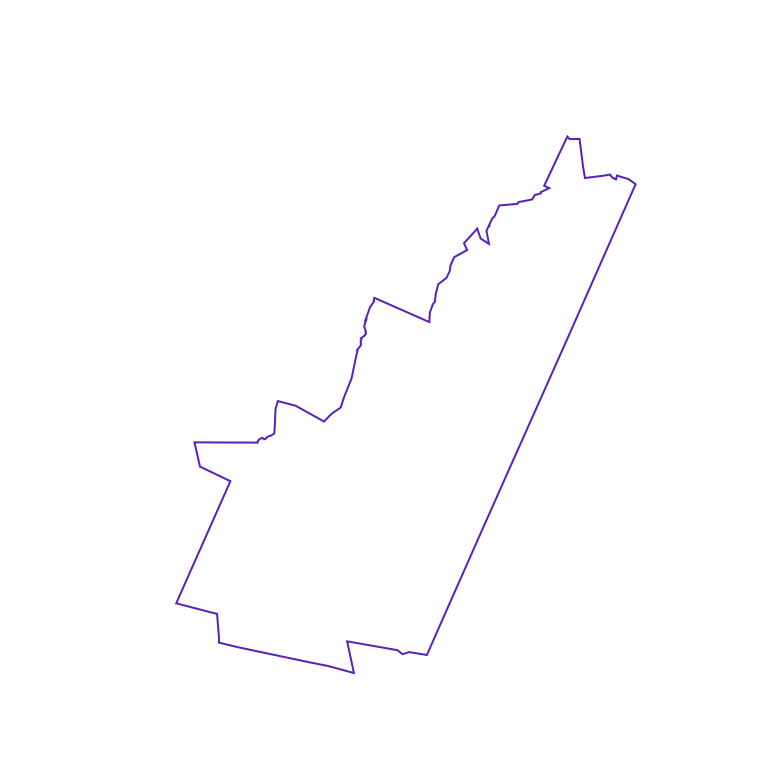 outline of Naco, Sonora, Mexico, rotated 114°
{"feature_id": "50627088B11700552359479", "entity_name": "Naco", "entity_type": "district", "adm_level": 2, "iso_a3": "MEX", "parent_name": "Mexico", "parent_adm1": "Sonora", "projection": "orthographic", "projection_center": [-110.037, 31.187], "detail": "fine", "context": "isolated", "style": "outline", "palette": "violet", "viewbox_px": 768, "rotation_deg": 114, "n_neighbors": 0, "source": "geoboundaries", "source_scale": "gbopen_adm2", "svg_char_len": 1790}
<svg xmlns="http://www.w3.org/2000/svg" viewBox="0 0 768 768"><g transform="rotate(114 384 384)"><path d="M614.1,234.6L564.1,234.8L511.7,234.9L476.6,235.0L462.8,235.0L462.4,235.0L446.3,235.0L445.8,235.0L445.1,235.0L444.0,235.0L443.0,235.0L441.9,235.0L440.8,235.0L439.7,235.0L438.4,235.0L438.2,235.0L437.5,235.0L436.9,235.0L436.3,235.0L435.2,235.0L433.6,235.0L433.3,235.0L433.2,235.0L400.4,235.0L308.7,234.9L278.1,234.9L265.6,234.9L99.3,235.4L99.1,235.4L97.4,244.0L98.8,256.0L102.7,255.3L102.7,258.8L101.7,261.1L100.7,262.6L104.1,267.7L114.1,284.2L104.1,290.8L80.6,305.0L84.8,314.1L83.4,317.1L95.6,317.4L104.0,317.6L137.7,318.3L137.8,312.7L144.8,318.7L146.2,318.3L147.8,320.3L150.0,323.1L155.2,323.8L163.2,335.2L165.1,335.3L174.0,351.3L186.0,351.2L188.5,352.4L196.3,352.6L196.7,351.8L198.0,352.6L202.4,352.7L213.3,345.1L211.8,354.9L204.2,362.0L222.8,368.2L227.8,362.5L239.5,371.4L248.6,371.5L253.4,369.9L261.7,370.1L270.7,375.0L280.8,373.3L288.3,371.0L291.2,371.8L299.9,371.2L309.0,367.8L309.2,427.8L311.0,427.7L312.3,426.7L319.7,428.0L333.6,426.9L332.9,426.3L339.0,425.7L340.1,424.9L343.5,421.9L343.9,422.1L345.4,420.9L347.6,421.4L351.7,423.7L352.0,423.0L353.4,422.6L354.0,422.9L356.6,421.6L356.8,421.2L358.7,421.0L364.0,422.4L364.2,421.9L392.2,415.9L413.0,415.1L420.8,414.2L423.1,414.0L425.2,415.3L432.5,419.8L442.7,423.5L439.8,455.8L442.8,474.0L451.0,472.9L467.5,466.4L473.8,464.1L477.3,466.4L479.5,468.9L482.6,470.1L483.3,471.1L482.6,473.2L485.1,475.4L487.9,476.1L488.9,475.6L497.2,494.3L514.4,533.4L534.3,518.5L535.3,484.8L602.5,484.7L624.8,484.7L629.9,484.7L668.9,484.6L662.9,448.5L661.9,443.0L684.1,430.9L687.4,429.7L684.1,411.4L668.7,339.5L664.3,320.1L660.3,293.9L634.1,313.0L621.7,263.4L623.3,257.1L618.7,252.0L614.1,234.6Z" fill="none" stroke="#5b21b6" stroke-width="2"/></g></svg>